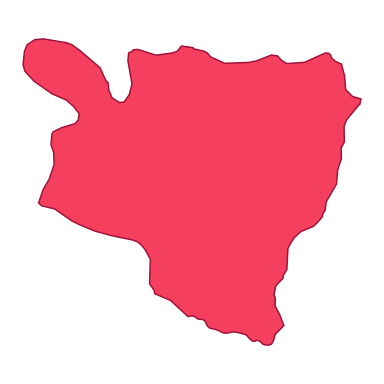 outline of Villa Nueva, Guatemala
{"feature_id": "79465075B28171431447945", "entity_name": "Villa Nueva", "entity_type": "district", "adm_level": 2, "iso_a3": "GTM", "parent_name": "Guatemala", "parent_adm1": "", "projection": "mercator", "projection_center": [-90.605, 14.533], "detail": "fine", "context": "isolated", "style": "filled", "palette": "rose", "viewbox_px": 384, "rotation_deg": 0, "n_neighbors": 0, "source": "geoboundaries", "source_scale": "gbopen_adm2", "svg_char_len": 2075}
<svg xmlns="http://www.w3.org/2000/svg" viewBox="0 0 384 384"><path d="M188.1,316.7L189.7,316.0L191.2,316.0L193.3,316.1L195.5,317.1L197.5,318.8L199.4,319.3L201.4,319.3L202.8,319.7L204.2,320.4L205.4,321.9L206.0,323.4L206.8,325.0L208.3,327.0L209.7,328.1L211.2,328.5L213.8,329.0L215.5,329.4L219.5,331.1L222.3,332.5L224.1,333.0L225.8,333.1L227.3,333.1L229.0,332.8L231.1,332.2L232.8,332.0L235.8,332.1L237.8,332.5L239.1,332.9L242.7,333.8L244.5,334.1L246.8,335.5L249.5,338.6L250.8,339.8L252.1,340.9L254.5,341.4L256.6,340.4L259.2,340.8L260.8,342.2L262.1,343.6L264.3,344.8L267.9,345.1L269.5,344.9L271.5,344.1L272.4,342.7L273.2,341.0L274.2,338.4L274.6,336.4L275.5,334.1L276.6,332.9L283.9,325.5L283.2,324.1L279.9,315.1L275.1,305.8L275.3,297.9L274.0,294.8L275.7,286.2L277.2,284.4L283.0,278.2L283.1,275.8L286.9,269.3L287.9,248.6L289.9,244.7L293.9,238.0L300.8,231.6L313.5,226.3L318.3,221.6L322.3,216.7L323.2,213.0L325.1,210.6L325.8,204.3L326.4,201.3L329.5,196.2L336.5,184.1L337.7,169.8L341.4,158.6L341.2,148.0L344.3,142.1L344.1,126.2L346.5,119.9L358.7,105.2L359.8,104.4L361.0,99.0L352.4,96.4L345.7,89.6L344.5,75.5L342.0,66.5L341.6,64.2L335.4,61.4L331.2,57.6L330.7,54.8L328.2,53.1L325.0,53.1L304.6,62.3L286.8,63.6L281.2,60.1L277.6,55.9L271.4,55.0L256.8,60.8L249.1,62.4L224.6,63.3L210.5,56.8L207.5,53.1L204.0,51.2L193.9,48.9L192.8,47.6L181.4,46.0L177.4,51.2L172.2,53.0L155.8,55.2L138.0,49.4L133.2,49.8L132.1,51.3L128.7,52.9L127.9,60.8L132.0,83.8L129.3,94.5L124.1,102.1L119.4,102.5L113.8,98.9L111.9,97.6L108.8,90.0L108.1,82.9L105.9,80.6L100.0,67.7L80.1,50.7L71.9,44.7L66.8,42.8L43.5,38.9L35.0,39.6L27.2,44.6L24.5,51.3L23.0,64.8L25.0,71.4L34.0,81.2L51.8,93.7L66.2,100.0L73.4,106.3L79.2,113.8L78.2,120.0L75.1,123.6L61.5,127.7L59.1,128.9L55.2,130.7L53.3,131.8L51.9,134.2L51.0,144.5L53.7,152.6L54.1,164.5L49.1,179.3L43.0,189.8L38.6,203.0L40.1,204.4L41.8,205.9L54.6,208.9L71.9,221.0L79.3,224.6L94.8,231.1L112.1,235.8L132.6,240.0L137.8,242.0L141.3,245.1L144.9,249.3L150.3,259.1L149.6,283.7L154.3,290.7L154.7,293.7L170.5,300.4L188.1,316.7Z" fill="#f43f5e" stroke="#9f1239" stroke-width="1.5"/></svg>